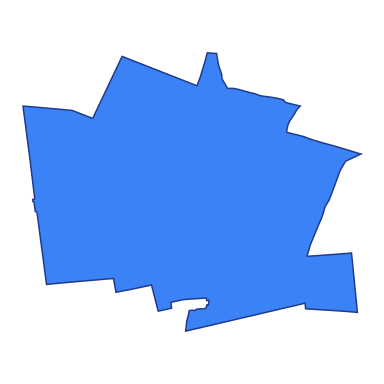 outline of Matca, Galati, Romania
{"feature_id": "2599482B31737152321862", "entity_name": "Matca", "entity_type": "district", "adm_level": 2, "iso_a3": "ROU", "parent_name": "Romania", "parent_adm1": "Galati", "projection": "equal_earth", "projection_center": [27.578, 45.852], "detail": "fine", "context": "isolated", "style": "filled", "palette": "blue", "viewbox_px": 384, "rotation_deg": 0, "n_neighbors": 0, "source": "geoboundaries", "source_scale": "gbopen_adm2", "svg_char_len": 3018}
<svg xmlns="http://www.w3.org/2000/svg" viewBox="0 0 384 384"><path d="M361.0,154.0L359.0,153.5L345.1,149.2L338.7,147.3L338.0,147.1L335.9,146.5L331.8,145.3L328.8,144.5L322.1,142.7L314.2,140.3L310.6,139.2L305.6,137.4L304.6,136.8L301.4,136.0L299.2,135.4L296.0,134.6L295.2,134.4L294.4,134.3L291.5,133.5L289.1,132.9L286.6,132.3L286.6,132.0L286.7,131.4L286.8,130.9L286.8,130.4L287.0,129.4L287.2,128.5L287.2,128.1L287.4,127.6L287.5,127.2L287.7,126.3L288.0,124.8L288.5,123.5L289.2,122.3L289.3,121.9L289.5,121.2L290.2,120.4L290.7,119.4L291.7,118.1L292.0,117.7L292.2,117.2L292.6,116.7L293.1,115.9L293.5,115.1L294.3,114.1L295.1,112.8L295.9,111.4L296.2,110.8L296.7,110.0L297.8,108.6L298.6,107.8L299.2,107.1L299.8,106.4L300.2,106.0L298.6,105.7L297.6,105.4L296.6,105.2L294.8,104.8L292.8,104.3L289.4,103.4L287.9,103.1L286.9,102.9L285.7,102.3L284.9,101.7L284.4,101.3L284.1,100.9L283.9,100.5L283.8,100.2L283.6,99.9L283.3,99.8L282.5,99.6L281.6,99.3L280.4,99.1L277.3,98.3L276.8,98.2L275.3,97.9L274.1,97.7L271.6,97.3L270.7,97.2L270.2,97.1L269.1,96.9L267.2,96.7L261.8,96.0L259.7,95.5L255.4,94.0L254.3,93.6L253.6,93.2L253.1,93.2L252.6,93.3L252.2,93.2L250.9,92.9L248.7,92.2L245.7,91.4L242.9,90.6L240.8,90.1L238.4,89.4L234.5,88.5L232.5,88.4L228.6,88.3L227.4,88.5L226.5,86.6L224.2,82.6L222.4,79.4L222.1,78.8L221.8,77.8L221.8,76.9L221.8,76.0L221.7,75.0L221.6,74.2L221.1,72.7L220.7,71.3L220.2,70.0L220.0,69.4L219.8,69.1L219.7,68.7L219.4,67.9L219.1,66.9L218.9,66.1L218.6,64.8L218.1,62.7L217.9,61.5L217.6,59.7L217.2,57.7L216.9,55.5L216.8,55.0L216.7,54.5L216.6,54.1L216.6,53.4L215.3,53.4L214.2,53.3L211.0,53.1L209.6,53.0L207.6,52.9L207.3,52.9L207.1,53.5L206.9,54.3L206.7,55.0L206.5,55.7L205.0,61.5L203.1,67.7L200.2,77.3L197.0,85.8L174.1,76.8L122.1,56.4L92.7,118.4L72.1,110.4L58.9,109.2L29.9,106.6L23.0,106.1L26.9,136.0L29.8,158.0L32.0,176.0L33.8,191.2L34.8,198.7L34.6,199.2L33.7,199.3L32.7,199.4L32.9,201.6L33.6,201.7L34.0,202.3L34.5,205.6L35.3,211.6L36.9,211.9L38.1,220.7L40.1,236.1L43.5,261.5L46.5,284.4L50.8,284.0L71.3,282.1L75.8,281.7L108.2,278.9L113.5,278.6L116.0,292.3L122.4,291.0L128.9,289.8L151.5,285.0L158.2,311.1L161.6,310.4L171.6,308.2L170.9,302.5L171.4,302.2L184.1,299.5L206.3,298.0L206.7,300.6L208.7,300.2L208.9,300.8L208.7,302.2L208.6,303.9L208.3,305.0L207.0,304.8L205.9,308.2L203.3,308.9L202.0,308.8L197.5,309.0L195.9,309.7L194.7,310.7L192.1,310.1L190.3,310.4L189.1,310.7L188.7,314.0L187.9,317.0L187.5,317.8L187.1,320.0L186.7,321.0L186.1,327.7L185.8,329.2L185.7,331.1L228.2,321.2L305.1,303.2L305.6,308.8L340.4,311.0L343.4,311.2L357.4,312.4L356.3,301.0L354.2,280.0L351.7,254.8L351.5,253.0L348.0,253.3L347.3,253.4L337.8,254.1L336.8,254.2L320.4,255.4L309.1,256.2L307.2,256.2L307.1,255.8L307.8,253.4L310.7,243.8L313.7,236.7L314.1,235.7L315.6,232.1L319.4,223.0L321.0,219.5L321.6,217.9L323.6,212.2L324.6,208.1L325.6,205.8L329.1,200.2L330.3,196.9L330.5,196.5L331.8,193.0L336.4,180.8L339.9,171.1L344.6,162.8L345.7,161.2L355.2,156.7L356.8,155.9L359.8,154.5L360.4,154.3L361.0,154.0Z" fill="#3b82f6" stroke="#1e3a8a" stroke-width="1.5"/></svg>